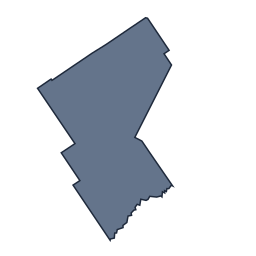 Harding, New Mexico, United States of America, rotated 236°
{"feature_id": "52423323B19647593546846", "entity_name": "Harding", "entity_type": "district", "adm_level": 2, "iso_a3": "USA", "parent_name": "United States of America", "parent_adm1": "New Mexico", "projection": "robinson", "projection_center": [-104.115, 35.804], "detail": "fine", "context": "isolated", "style": "filled", "palette": "slate", "viewbox_px": 256, "rotation_deg": 236, "n_neighbors": 0, "source": "geoboundaries", "source_scale": "gbopen_adm2", "svg_char_len": 724}
<svg xmlns="http://www.w3.org/2000/svg" viewBox="0 0 256 256"><g transform="rotate(236 128 128)"><path d="M111.4,50.5L44.9,50.4L45.8,51.4L44.4,55.1L48.3,58.2L47.4,59.8L49.8,62.3L48.2,68.2L50.1,69.4L50.3,74.2L55.0,78.8L53.6,82.1L55.8,83.1L56.6,86.9L55.9,88.8L58.3,89.5L59.6,92.9L57.4,94.6L61.8,98.8L57.9,102.5L57.6,104.6L59.2,107.8L54.7,113.2L53.3,117.2L51.9,117.6L55.9,120.9L53.6,122.1L55.6,123.3L53.9,124.3L56.0,126.4L54.9,127.9L56.3,131.9L55.1,132.6L96.0,132.2L109.4,132.2L116.4,128.4L155.9,199.3L169.4,199.4L169.4,205.5L208.1,205.6L209.6,204.2L209.6,185.9L209.5,156.4L210.1,140.1L210.0,91.6L211.6,91.6L211.5,75.2L144.7,75.3L144.8,58.8L111.3,58.7L111.4,50.5Z" fill="#64748b" stroke="#1e293b" stroke-width="1.5"/></g></svg>